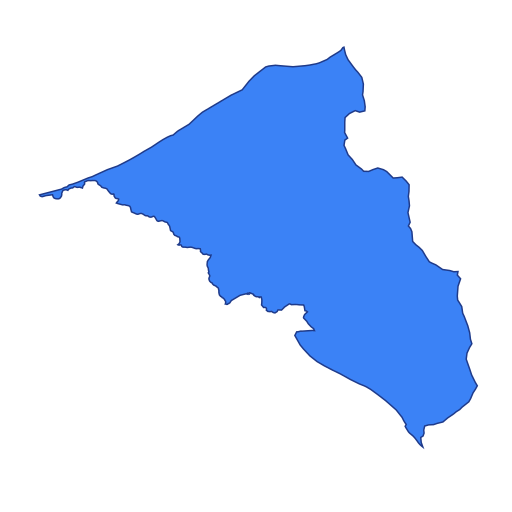 the district of Pek, Xiangkhoang, Laos, rotated 266°
{"feature_id": "54806243B64426060368946", "entity_name": "Pek", "entity_type": "district", "adm_level": 2, "iso_a3": "LAO", "parent_name": "Laos", "parent_adm1": "Xiangkhoang", "projection": "robinson", "projection_center": [103.256, 19.601], "detail": "fine", "context": "isolated", "style": "filled", "palette": "blue", "viewbox_px": 512, "rotation_deg": 266, "n_neighbors": 0, "source": "geoboundaries", "source_scale": "gbopen_adm2", "svg_char_len": 6059}
<svg xmlns="http://www.w3.org/2000/svg" viewBox="0 0 512 512"><g transform="rotate(266 256 256)"><path d="M332.1,44.3L330.9,44.9L330.3,46.1L330.1,47.1L330.9,50.6L331.3,57.3L329.5,57.7L328.4,58.2L327.8,58.8L327.3,59.8L327.0,60.9L326.8,62.7L327.0,63.8L327.6,64.8L329.3,66.1L330.6,66.5L332.2,66.6L334.4,67.7L335.0,68.4L335.3,69.8L335.4,71.1L334.6,72.9L335.2,73.3L336.0,74.2L336.7,76.4L336.7,77.8L337.1,78.5L337.7,79.3L337.9,79.8L337.7,80.6L337.2,81.5L336.9,82.5L337.0,84.5L336.9,85.2L336.5,85.9L336.2,87.0L335.9,87.6L337.7,88.2L339.8,90.1L341.3,90.0L341.9,90.3L343.0,93.5L342.7,96.4L342.7,98.3L342.6,99.5L342.5,100.7L342.0,101.8L341.3,102.5L340.4,103.1L339.1,103.3L338.5,103.7L337.2,105.5L336.4,106.3L335.3,107.0L334.4,109.2L334.2,110.3L333.8,111.2L333.4,111.9L330.8,113.5L328.6,115.1L328.0,115.8L327.7,116.9L327.7,117.6L327.8,118.3L327.5,118.6L326.4,118.6L325.5,118.7L323.7,119.7L323.2,120.4L322.8,122.3L322.3,123.0L320.9,122.5L320.2,121.9L319.6,121.2L318.6,120.4L317.9,121.9L316.3,126.5L316.3,128.3L316.2,129.0L315.8,129.7L315.1,132.3L314.4,133.6L313.0,134.2L312.0,134.3L308.7,134.9L307.9,136.4L307.3,137.7L306.8,138.5L306.3,139.5L306.0,140.3L305.9,141.2L306.5,143.4L306.4,144.8L305.8,146.0L304.0,148.4L303.8,149.2L303.7,150.6L303.4,151.1L302.8,151.7L302.5,152.2L302.2,153.0L302.1,153.8L302.2,154.7L302.8,156.2L302.7,156.8L302.5,157.4L301.2,158.2L298.3,159.6L297.8,160.1L297.4,161.2L297.7,162.7L297.9,164.6L297.7,165.5L296.4,167.5L295.9,169.1L295.7,169.7L295.2,170.1L293.9,170.6L293.3,170.9L292.7,171.5L291.7,171.9L288.7,172.4L287.9,172.4L287.2,172.7L286.1,174.4L285.5,175.0L284.6,175.3L283.5,175.5L282.3,176.4L281.5,178.2L280.8,178.9L280.3,180.4L280.0,180.9L278.9,181.2L275.6,181.2L274.5,180.7L273.5,180.0L272.7,178.8L272.5,179.1L272.2,180.1L272.4,181.1L272.3,181.9L271.7,182.3L270.8,182.6L270.3,183.1L270.0,183.7L269.7,186.5L269.3,187.9L269.3,188.6L269.4,189.5L269.4,191.5L269.1,192.8L267.7,196.0L267.4,197.4L267.5,198.7L267.1,200.9L265.5,201.1L264.5,200.9L263.7,201.4L263.0,202.2L261.6,203.2L261.2,204.3L261.2,205.5L261.4,206.7L260.4,208.3L260.0,210.0L260.0,211.2L257.6,210.2L255.6,208.3L253.9,207.1L250.9,206.6L250.0,206.6L248.9,206.8L247.4,207.5L245.1,207.6L243.4,207.9L242.5,207.2L241.0,208.0L239.7,208.5L239.0,208.4L237.1,207.5L235.8,207.5L234.2,208.0L232.8,209.2L232.2,210.3L231.2,210.7L229.9,211.8L229.6,212.6L229.0,213.4L228.8,214.0L228.1,214.5L227.3,215.5L226.7,216.1L226.0,216.3L224.8,216.4L224.1,216.6L222.4,216.4L221.8,216.6L220.9,216.5L220.2,216.8L219.7,216.8L218.7,217.6L218.2,217.8L218.1,218.3L217.6,218.9L216.8,219.4L216.3,220.4L214.8,221.6L213.7,222.0L213.1,222.4L212.5,222.6L211.9,222.6L211.3,222.3L210.3,222.1L210.4,222.5L210.0,222.9L209.8,223.3L209.8,223.7L209.8,224.3L210.1,224.6L210.5,224.8L210.5,225.6L210.7,225.8L210.9,226.2L211.0,226.5L213.3,228.3L217.9,237.4L219.0,243.4L218.8,243.6L218.8,244.4L219.1,244.6L218.8,244.7L218.5,245.0L218.4,245.2L218.9,245.4L219.0,245.6L218.7,245.9L218.6,246.3L219.0,246.1L219.0,246.3L219.3,246.2L219.4,246.5L219.7,246.6L219.8,247.2L219.6,247.6L219.3,247.9L219.4,248.1L218.7,249.3L218.7,249.5L218.4,250.0L218.2,250.2L218.2,250.5L217.8,250.8L217.4,250.8L216.9,251.1L216.9,251.5L216.5,251.7L215.9,252.4L215.4,253.4L215.2,255.2L215.0,255.5L214.9,256.0L214.3,256.4L214.3,256.7L214.9,257.1L214.9,257.4L214.7,258.4L211.8,258.8L208.7,258.5L206.8,258.1L204.1,260.0L204.1,261.2L203.9,262.1L203.1,262.7L202.6,262.8L201.0,262.6L200.5,263.4L199.9,263.9L199.5,266.0L199.6,267.7L198.5,269.1L198.1,270.1L197.9,271.0L199.1,273.2L200.7,274.2L200.3,277.7L202.7,280.5L203.0,280.7L205.9,285.8L205.8,286.4L205.5,287.2L205.0,287.8L204.9,291.6L204.7,293.6L204.3,295.6L203.8,300.1L202.3,300.6L198.0,301.0L197.6,302.5L196.7,303.4L194.2,300.4L193.0,299.8L192.6,299.5L191.3,299.1L190.8,299.2L187.3,302.1L184.8,303.4L181.5,306.1L179.7,308.2L179.2,308.6L178.4,308.7L177.5,309.1L177.6,308.2L177.8,307.4L177.8,296.1L178.0,295.7L177.5,292.7L177.5,291.3L174.0,289.2L164.1,293.9L159.9,296.9L152.5,302.9L146.4,309.6L141.8,316.3L136.7,324.6L132.6,331.8L126.2,341.6L121.2,350.2L119.0,354.8L117.7,357.1L115.0,361.0L109.1,368.0L102.7,375.2L92.7,385.1L84.8,390.5L81.4,391.9L79.3,393.0L77.5,394.1L75.7,392.9L74.2,393.6L70.0,395.8L68.7,396.8L65.5,400.1L63.5,401.7L60.5,403.7L58.3,405.0L56.6,406.3L55.3,407.5L53.8,409.1L58.5,407.8L63.5,407.7L64.8,410.1L67.6,411.3L70.7,411.2L74.6,412.4L75.5,416.4L75.4,421.3L76.4,425.1L77.4,430.9L81.1,435.9L84.7,442.1L86.7,444.9L88.6,448.5L90.9,451.1L95.7,458.1L98.7,460.1L104.4,463.0L107.8,465.6L111.1,467.7L114.7,465.9L122.3,462.8L127.8,461.4L138.4,458.5L144.4,459.7L149.9,462.7L153.4,465.2L158.0,464.1L164.5,463.8L171.6,462.4L181.1,459.5L184.5,458.2L191.2,457.7L195.8,455.3L197.9,454.1L202.0,454.0L211.7,455.4L219.0,458.5L222.9,455.5L226.4,456.4L226.5,452.2L228.0,448.2L229.5,441.2L234.6,434.8L236.7,430.8L238.1,428.5L243.6,425.4L249.9,422.3L253.3,419.3L256.0,416.3L259.6,413.3L269.3,413.2L272.6,412.1L275.3,410.1L278.9,412.1L288.7,410.6L295.4,412.6L300.3,412.5L304.8,412.1L309.7,413.1L316.4,413.7L320.3,411.0L324.5,407.3L324.2,402.3L324.2,398.3L331.1,392.3L333.2,389.2L335.3,383.6L334.0,378.6L332.5,374.3L333.0,369.3L335.4,367.3L339.9,362.0L345.4,358.9L350.5,354.9L356.9,352.8L360.2,351.5L365.4,352.7L367.2,355.6L373.0,353.0L375.1,353.3L383.6,353.9L387.9,354.5L391.6,359.1L394.1,365.1L392.3,369.4L393.2,374.7L397.2,375.3L403.3,374.9L409.3,373.5L412.4,374.2L420.0,375.1L426.8,374.0L432.2,370.4L434.7,368.4L437.8,366.3L445.4,361.5L450.6,359.5L455.1,358.7L458.2,358.3L457.8,357.2L455.3,355.1L454.3,353.6L453.1,351.4L449.2,343.8L447.1,340.7L444.2,332.5L443.5,329.4L443.2,326.5L442.7,322.7L442.4,318.0L442.2,306.1L444.1,293.5L444.9,288.7L444.6,282.0L443.9,278.8L436.0,267.0L430.8,261.2L422.7,253.8L418.2,242.4L403.2,212.6L399.6,207.6L392.1,198.5L386.8,188.0L385.9,186.4L382.4,181.7L382.0,179.3L380.7,175.8L378.6,171.3L376.1,166.7L373.9,162.9L371.8,159.2L368.2,151.6L365.6,146.7L362.9,141.2L360.5,136.1L355.4,124.2L352.5,113.8L348.1,102.0L346.6,98.2L345.6,94.1L342.0,83.4L340.5,78.0L339.9,74.5L338.1,72.2L337.9,70.5L337.4,68.9L336.3,66.7L332.1,44.3Z" fill="#3b82f6" stroke="#1e3a8a" stroke-width="1.5"/></g></svg>